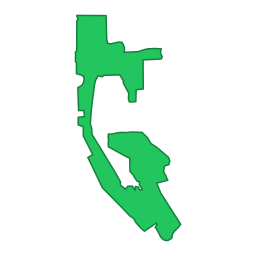 Tejen, Ahal, Turkmenistan
{"feature_id": "10190150B49022220136906", "entity_name": "Tejen", "entity_type": "district", "adm_level": 2, "iso_a3": "TKM", "parent_name": "Turkmenistan", "parent_adm1": "Ahal", "projection": "robinson", "projection_center": [60.242, 38.323], "detail": "fine", "context": "isolated", "style": "filled", "palette": "green", "viewbox_px": 256, "rotation_deg": 0, "n_neighbors": 0, "source": "geoboundaries", "source_scale": "gbopen_adm2", "svg_char_len": 3064}
<svg xmlns="http://www.w3.org/2000/svg" viewBox="0 0 256 256"><path d="M131.4,52.0L124.7,52.3L124.3,52.4L124.5,47.9L123.8,46.0L123.4,44.8L122.0,42.4L121.8,42.4L118.8,42.0L113.8,43.1L113.0,43.3L111.2,43.8L110.6,43.9L109.8,43.7L107.7,43.2L107.4,43.1L107.0,40.4L106.9,39.5L106.7,38.6L106.1,15.6L76.9,15.4L76.9,16.0L77.1,16.0L77.5,17.5L78.0,19.4L76.8,20.7L76.7,50.4L76.5,51.2L75.3,52.2L75.4,53.5L75.6,54.6L75.4,57.8L75.5,61.9L75.7,62.2L76.5,62.7L76.4,73.7L81.3,75.0L81.9,75.4L83.1,75.9L83.3,76.5L83.6,76.7L83.6,77.4L84.2,79.0L83.5,82.3L83.4,82.4L83.4,82.9L81.7,85.5L77.9,87.5L78.0,92.4L78.1,95.9L78.4,105.8L78.6,110.6L83.7,110.6L83.9,110.6L84.4,116.6L78.4,117.3L78.2,117.3L78.2,124.9L78.5,125.0L81.6,126.1L83.1,126.7L83.3,126.8L83.3,135.7L83.3,136.1L84.1,137.5L91.3,151.8L92.5,154.2L92.7,154.7L89.5,156.5L87.9,157.5L88.0,157.7L88.9,159.6L102.2,187.3L102.4,187.8L112.2,197.7L118.2,203.8L123.5,209.2L127.8,213.7L129.7,215.8L129.9,215.9L133.6,218.5L136.4,223.3L141.3,228.5L144.4,231.2L144.5,231.2L156.0,223.2L156.9,224.8L157.0,224.9L155.2,227.2L157.1,229.9L157.2,230.2L158.8,233.2L160.6,236.9L163.1,239.6L163.6,239.8L164.3,240.0L165.8,240.4L167.7,240.6L167.9,240.5L168.1,240.4L171.7,238.3L172.6,233.8L174.1,231.8L174.9,230.8L175.6,230.1L178.2,227.5L179.8,225.5L180.7,224.3L179.9,223.0L178.2,220.4L170.0,207.6L168.2,204.8L164.7,199.2L160.6,192.9L160.2,191.7L159.9,191.0L159.8,190.8L156.8,183.1L167.7,180.3L167.4,179.6L165.6,175.3L164.2,172.8L163.7,171.7L163.7,171.3L164.4,166.2L168.5,164.7L168.8,164.6L169.6,161.5L169.8,160.9L168.5,157.3L156.7,147.3L156.5,147.2L150.9,143.5L147.5,137.6L142.2,132.6L142.1,132.4L131.2,132.0L130.7,132.1L126.3,132.6L122.8,132.5L120.3,132.4L117.7,132.8L115.0,133.3L114.0,133.6L112.5,134.0L111.0,134.0L108.6,134.1L108.4,134.1L108.3,135.3L108.1,136.9L108.5,139.9L108.4,141.4L108.3,142.6L108.2,144.2L108.4,146.8L122.2,154.4L127.1,157.1L127.5,157.2L129.7,158.2L130.0,171.5L133.0,174.7L135.2,178.5L137.3,181.4L139.1,181.7L139.6,181.8L139.6,182.2L139.3,184.6L140.2,186.3L140.5,186.9L141.8,188.2L141.8,188.3L141.9,188.9L141.9,189.9L139.6,189.7L138.8,188.6L138.7,188.5L138.6,188.0L138.2,187.0L136.5,186.7L136.2,186.6L135.5,186.6L135.3,186.6L135.0,189.7L134.9,190.2L134.3,189.6L134.0,189.0L133.0,187.3L132.3,186.1L132.2,186.1L128.0,186.2L127.8,186.3L126.8,187.3L125.5,189.4L123.1,187.1L122.5,186.7L120.4,185.1L120.5,181.9L119.4,179.8L115.1,172.2L104.6,155.0L103.3,152.8L92.1,134.6L91.8,130.4L91.7,128.1L91.3,127.0L90.4,124.3L90.3,124.1L90.4,123.3L91.0,113.6L91.4,109.5L92.0,104.2L92.6,99.5L94.5,84.8L95.2,81.9L95.5,80.5L96.4,78.9L98.1,75.8L98.2,75.7L99.5,76.1L102.3,76.8L102.6,76.6L103.7,75.3L119.8,74.9L120.0,75.2L123.4,80.9L123.2,82.9L127.1,90.1L127.3,90.5L128.7,93.3L128.5,97.2L128.5,99.2L129.4,102.0L129.7,102.0L135.8,101.6L136.2,89.7L143.3,89.0L143.1,69.4L143.1,67.0L143.1,59.9L156.1,59.3L156.3,59.3L161.2,58.9L161.4,58.8L162.3,56.7L160.9,54.1L160.5,51.7L161.2,48.9L160.4,48.9L155.1,48.5L154.1,48.5L147.4,48.9L143.4,49.9L143.1,50.0L141.1,50.7L138.1,51.7L137.9,51.7L137.5,51.7L131.4,52.0Z" fill="#22c55e" stroke="#15803d" stroke-width="1.5"/></svg>